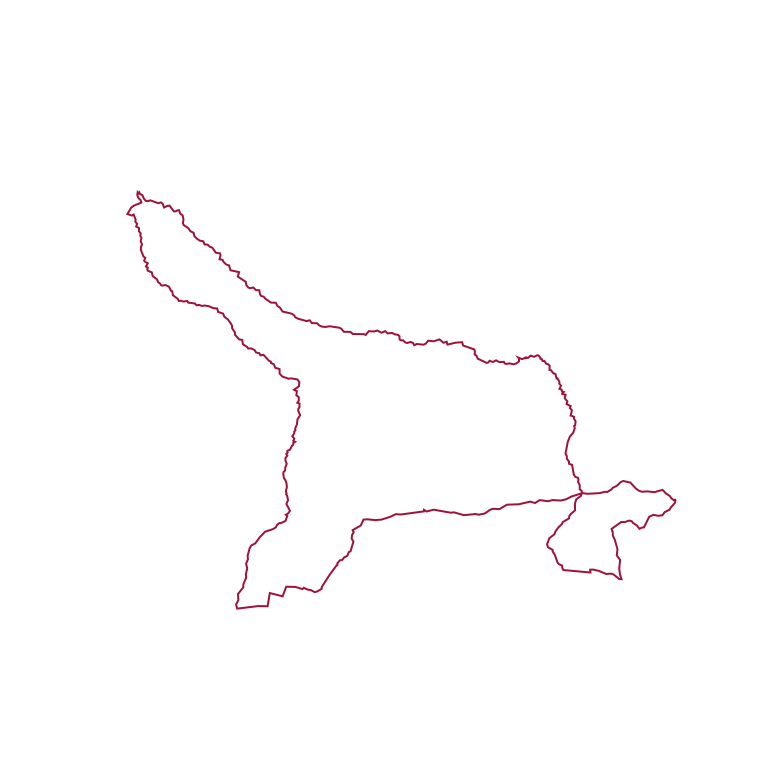 Fusagasugá, Cundinamarca, Colombia, rotated 67°
{"feature_id": "7082276B51871988442122", "entity_name": "Fusagasugá", "entity_type": "district", "adm_level": 2, "iso_a3": "COL", "parent_name": "Colombia", "parent_adm1": "Cundinamarca", "projection": "robinson", "projection_center": [-74.414, 4.327], "detail": "fine", "context": "isolated", "style": "outline", "palette": "rose", "viewbox_px": 768, "rotation_deg": 67, "n_neighbors": 0, "source": "geoboundaries", "source_scale": "gbopen_adm2", "svg_char_len": 6165}
<svg xmlns="http://www.w3.org/2000/svg" viewBox="0 0 768 768"><g transform="rotate(67 384 384)"><path d="M638.2,267.6L635.5,266.8L636.4,264.2L640.1,259.1L645.7,253.7L647.2,249.2L648.7,247.3L655.4,243.7L656.5,241.6L651.4,241.2L645.8,239.6L638.2,235.4L632.7,236.7L627.2,233.6L617.5,232.4L612.9,232.6L610.1,231.4L606.3,231.1L603.7,219.5L605.2,216.3L605.5,211.7L607.1,209.6L609.3,209.0L613.0,206.5L617.1,205.4L617.0,202.4L617.6,200.8L609.8,191.7L609.7,187.2L612.4,183.2L613.6,179.0L611.6,175.6L611.3,170.2L610.0,168.7L607.2,162.9L604.9,161.1L604.2,161.3L604.2,162.6L601.8,164.0L598.5,164.8L594.8,167.3L590.3,169.0L589.2,177.4L585.8,183.4L583.9,188.8L581.9,191.0L578.2,193.2L571.0,195.7L566.8,201.6L566.7,204.2L568.7,209.6L568.9,213.9L569.9,215.7L570.6,220.6L569.5,223.0L568.7,228.2L564.6,239.5L561.7,244.5L559.5,243.8L557.4,245.0L553.8,243.4L549.8,243.6L548.1,242.3L546.1,242.1L544.4,244.1L541.7,244.7L531.9,242.5L529.8,244.8L527.3,244.0L524.3,244.9L521.8,243.9L519.0,244.1L509.1,237.5L505.2,233.6L502.8,228.9L499.1,225.6L497.0,225.4L496.7,224.2L493.2,222.2L490.1,222.7L488.4,221.9L486.0,224.5L481.6,221.3L478.9,222.3L477.3,220.8L473.8,223.8L471.7,222.0L467.6,223.2L464.8,221.0L463.0,223.8L462.3,223.7L461.6,221.6L460.4,222.9L458.6,222.7L457.1,224.4L454.7,221.7L452.1,222.5L450.6,221.7L446.6,222.1L446.4,223.0L441.6,222.3L440.4,223.9L436.6,224.9L435.7,226.2L432.0,224.4L430.1,225.1L428.6,226.8L425.6,227.3L424.8,229.1L423.0,228.9L421.8,230.2L420.8,229.8L418.0,230.7L417.4,231.7L417.6,235.2L415.2,238.0L416.2,241.1L415.6,243.3L415.0,243.1L415.1,247.1L412.1,250.1L413.5,249.7L416.0,251.0L416.8,254.6L416.4,257.2L414.1,260.3L413.3,263.6L412.1,264.9L410.4,265.0L409.0,269.2L406.0,271.6L406.3,275.2L403.9,277.7L405.0,279.8L404.7,281.2L397.2,287.9L394.0,287.8L392.3,289.0L389.0,287.4L387.3,287.5L379.4,296.2L376.1,295.7L374.0,301.7L372.5,310.2L369.6,309.8L369.3,313.1L364.6,315.5L364.1,321.6L361.4,326.4L363.2,329.8L363.3,332.2L360.0,338.1L360.1,341.0L357.5,341.3L355.7,343.0L355.3,346.8L353.8,348.3L351.3,349.3L350.2,351.7L349.0,352.2L346.1,351.1L344.3,351.8L342.5,354.7L340.2,356.5L338.8,360.9L335.8,362.2L335.8,366.3L332.2,369.2L331.8,372.5L329.4,377.4L331.7,381.7L330.3,382.9L325.8,393.2L322.9,394.5L320.3,400.5L316.4,401.7L314.7,403.2L309.7,411.3L308.5,415.9L306.7,419.0L304.6,420.8L301.9,421.9L299.8,426.6L296.3,427.5L295.9,430.6L290.5,437.4L287.8,439.7L285.8,439.8L283.2,441.5L277.6,449.1L273.2,449.9L270.2,451.7L267.0,451.8L264.9,456.2L259.0,460.0L256.8,460.5L254.9,462.7L253.2,463.1L248.9,462.2L247.6,465.2L244.1,466.6L243.5,469.9L242.0,471.3L239.1,472.1L236.0,471.3L228.0,476.6L224.4,473.7L219.3,480.9L214.3,480.3L212.3,482.6L208.5,484.1L206.6,484.1L204.9,486.7L201.6,484.2L199.7,483.9L197.4,487.5L191.3,488.8L189.9,490.5L186.8,492.0L185.3,494.7L182.1,494.5L180.0,497.6L177.0,499.5L173.8,500.8L170.4,500.2L167.6,502.6L164.2,503.2L159.4,506.3L157.4,506.3L154.2,504.3L150.1,503.5L147.3,505.1L143.9,504.7L143.4,506.7L143.8,507.8L143.0,510.0L136.0,511.7L135.4,513.9L135.6,517.5L131.7,517.3L129.7,518.3L129.3,521.3L123.7,527.2L123.4,530.1L122.2,531.8L119.6,532.6L115.7,532.6L113.8,534.4L111.9,534.4L112.7,535.8L111.5,536.0L113.5,537.2L116.3,537.5L119.5,536.2L122.2,536.5L122.1,544.4L122.8,547.7L127.3,553.8L130.5,550.1L130.2,548.2L135.6,548.4L137.4,549.5L140.1,548.7L142.2,550.6L144.7,548.6L147.7,549.9L150.2,549.1L152.3,550.4L154.9,550.2L157.4,552.2L161.0,552.2L163.0,554.3L165.6,555.4L172.6,555.6L174.6,554.4L176.4,556.4L177.7,556.4L180.6,554.3L182.8,557.2L184.7,556.0L186.0,557.2L187.5,557.1L190.6,554.1L194.4,554.8L198.8,552.1L202.1,552.1L203.6,551.0L205.9,550.7L206.8,549.7L207.5,546.5L210.4,543.9L214.8,543.7L215.8,542.7L219.8,543.6L225.0,540.6L227.4,540.4L228.1,538.2L229.7,536.6L230.7,532.7L232.6,532.4L236.0,526.6L238.3,525.8L239.0,523.2L241.1,521.0L241.6,518.6L243.8,515.0L247.5,511.5L249.3,508.1L252.9,508.5L256.3,504.6L259.6,504.7L263.5,502.5L268.7,501.3L271.0,501.1L273.2,502.0L278.5,501.1L280.4,501.9L286.4,499.9L288.0,497.3L292.3,498.3L296.5,495.5L298.3,495.2L299.2,492.5L302.1,489.9L305.1,489.4L307.0,486.7L309.3,486.6L310.1,483.5L317.6,480.8L319.2,479.4L320.6,479.8L322.8,477.7L326.6,477.8L329.4,474.3L333.6,476.0L337.4,474.7L341.9,469.7L342.5,467.3L346.0,461.9L349.2,461.2L352.9,463.2L354.1,469.1L356.7,467.0L360.1,469.1L362.8,467.6L366.0,468.9L367.4,471.1L369.0,469.4L372.4,470.9L373.3,472.4L374.9,473.4L380.0,473.4L382.8,477.5L387.1,479.9L390.2,483.1L392.1,483.7L392.7,485.2L394.2,485.8L396.3,488.8L399.1,487.9L400.9,489.7L402.5,488.4L402.8,490.5L404.4,491.3L404.9,492.9L407.7,496.1L407.8,499.2L409.5,499.5L410.1,501.3L412.2,501.0L413.8,503.8L416.3,504.7L419.4,504.7L422.4,507.6L424.9,508.7L425.8,510.9L427.3,511.8L431.4,512.9L434.0,512.3L437.4,512.6L441.0,513.7L444.4,516.3L446.6,516.4L447.3,517.2L448.8,516.8L453.4,517.7L456.3,520.7L464.0,520.1L465.6,522.7L466.0,525.4L467.6,524.6L471.5,528.1L471.8,533.4L471.1,534.5L471.8,537.3L473.6,539.5L474.2,542.7L473.5,551.3L476.4,558.0L480.4,564.8L480.8,569.2L482.3,571.5L488.7,576.6L492.2,577.7L495.6,581.2L500.2,581.9L505.3,585.6L508.3,586.4L513.4,591.7L516.2,593.0L520.3,600.5L526.0,602.5L529.1,606.3L533.4,606.9L539.3,586.5L543.1,578.0L531.8,570.8L539.8,560.3L532.4,553.2L536.2,544.8L540.9,539.2L540.3,537.4L543.2,534.9L545.1,531.9L548.5,529.1L548.9,526.7L548.2,521.4L546.6,520.7L538.2,508.3L532.5,498.6L532.4,497.6L530.8,497.0L529.1,493.5L529.6,491.1L528.1,488.5L527.8,484.9L525.1,482.2L524.8,480.1L517.1,473.7L513.9,474.2L510.6,472.5L508.6,469.8L506.3,470.0L505.2,460.7L500.8,455.9L502.1,452.1L505.9,445.2L507.9,439.0L508.7,429.7L508.4,424.1L510.7,419.5L516.6,398.0L516.9,397.0L515.5,396.3L518.0,394.6L519.1,387.4L528.6,372.8L529.5,369.7L535.9,361.8L539.5,350.5L541.4,347.7L542.6,341.6L541.3,336.2L541.3,332.8L544.3,326.5L543.1,318.1L547.4,306.9L549.4,295.4L552.6,291.4L551.7,286.1L556.0,278.8L556.7,274.2L560.3,266.9L561.3,261.3L560.8,255.6L561.9,244.7L563.9,246.4L565.3,252.1L568.7,255.0L574.9,257.5L576.9,263.4L578.1,265.1L580.0,266.2L581.0,273.5L582.4,274.8L584.1,279.4L586.7,283.8L588.9,285.8L590.5,292.0L595.2,296.5L598.4,296.8L602.5,293.6L604.2,294.2L607.5,293.5L616.1,294.0L618.2,293.4L620.8,291.0L622.9,291.8L625.3,291.6L638.2,267.6Z" fill="none" stroke="#9f1239" stroke-width="2"/></g></svg>